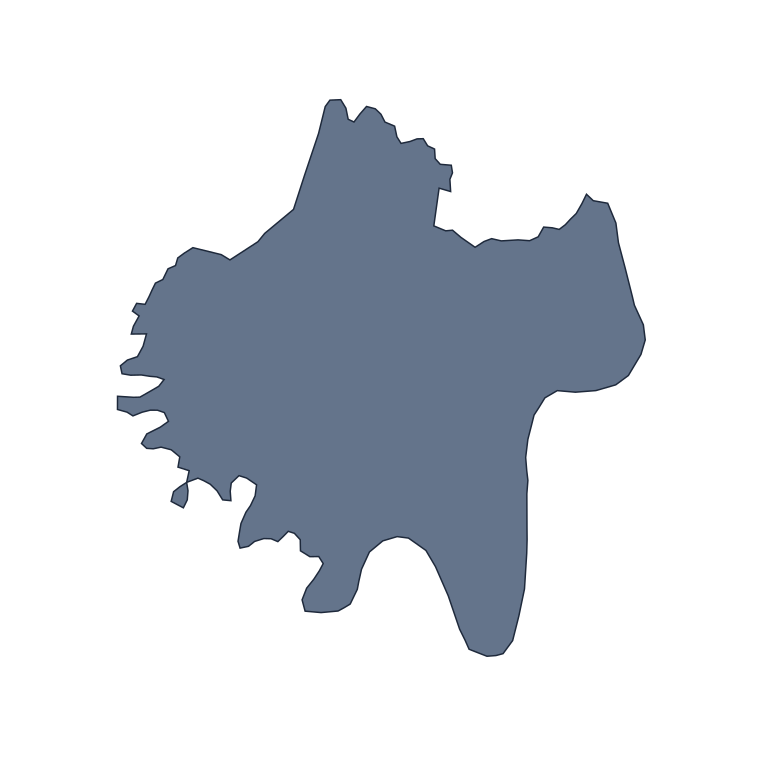 the district of Alecrim, Rio Grande do Sul, Brazil, rotated 168°
{"feature_id": "56859067B981200421316", "entity_name": "Alecrim", "entity_type": "district", "adm_level": 2, "iso_a3": "BRA", "parent_name": "Brazil", "parent_adm1": "Rio Grande do Sul", "projection": "robinson", "projection_center": [-54.76, -27.646], "detail": "fine", "context": "isolated", "style": "filled", "palette": "slate", "viewbox_px": 768, "rotation_deg": 168, "n_neighbors": 0, "source": "geoboundaries", "source_scale": "gbopen_adm2", "svg_char_len": 2545}
<svg xmlns="http://www.w3.org/2000/svg" viewBox="0 0 768 768"><g transform="rotate(168 384 384)"><path d="M597.5,328.8L585.6,330.6L580.3,326.8L574.8,322.1L569.5,314.2L565.9,304.2L558.0,301.7L556.7,311.1L554.0,318.9L544.9,324.5L538.0,320.6L529.6,311.9L533.3,301.4L539.9,292.8L545.7,287.3L552.9,277.3L555.9,269.8L559.5,260.5L558.9,253.4L550.3,253.4L543.3,256.9L533.7,257.8L526.6,256.1L520.6,251.9L514.3,255.8L508.3,259.8L502.7,256.6L498.3,249.1L500.4,238.2L492.4,230.5L483.7,228.8L480.8,221.0L486.0,214.8L493.4,207.5L502.1,200.4L509.0,189.9L508.4,178.2L493.1,173.5L476.1,171.5L469.4,173.5L462.8,175.8L457.7,182.4L452.8,188.7L449.7,196.1L444.5,207.5L433.2,222.7L417.8,230.8L402.9,232.0L392.1,228.2L377.6,212.5L371.6,194.6L365.2,163.5L361.0,128.4L358.0,116.7L355.9,106.8L339.9,96.3L330.9,95.1L323.6,95.5L311.5,106.3L300.3,129.1L289.2,154.3L279.6,188.7L276.4,202.0L274.1,213.3L267.1,246.9L263.3,259.8L262.4,269.5L260.7,282.7L254.8,299.9L248.0,313.6L243.7,322.4L237.8,328.3L229.5,337.0L215.9,341.5L198.5,336.2L178.1,333.5L157.5,335.0L143.2,341.5L126.5,359.5L119.3,372.8L118.0,388.0L122.7,409.0L122.9,418.0L124.0,447.3L125.3,473.4L123.7,493.2L127.6,514.3L141.2,519.8L146.5,527.5L152.9,519.3L160.5,510.8L167.3,506.5L173.5,502.1L180.5,498.8L186.9,501.8L195.2,504.3L202.6,495.9L211.8,493.9L222.9,497.1L239.5,499.6L248.5,503.8L256.5,502.6L266.5,498.8L278.4,511.6L285.0,520.2L291.8,521.0L302.4,528.3L289.4,564.1L278.8,558.4L277.0,570.5L273.1,576.3L272.7,584.0L283.3,587.2L287.1,593.8L285.7,603.3L291.8,607.9L294.6,615.8L300.7,616.9L308.1,615.8L317.3,615.8L320.0,623.1L320.0,634.0L328.6,640.0L330.9,648.5L335.3,655.0L343.4,659.1L351.3,653.2L358.9,646.5L364.0,650.4L363.9,661.7L367.2,671.1L377.9,672.9L383.8,667.6L395.9,642.7L418.2,604.9L436.2,573.6L469.4,556.1L477.7,549.4L508.9,537.4L516.3,544.4L542.6,557.1L552.0,553.6L559.5,550.2L563.3,543.2L571.3,541.6L578.6,532.2L586.6,530.2L591.3,524.2L595.5,518.5L601.1,511.6L609.2,514.3L614.9,507.6L609.4,501.5L617.1,492.6L620.8,485.4L605.9,482.4L611.8,471.0L619.5,462.0L630.0,460.8L638.1,456.6L638.1,448.5L630.0,445.3L619.5,443.3L611.1,440.1L604.8,438.2L598.2,434.1L604.8,428.6L613.6,425.7L625.5,421.9L631.9,423.1L647.2,427.4L650.0,414.5L641.2,409.9L636.2,405.0L626.4,406.7L618.1,407.0L611.1,405.5L604.8,401.7L602.6,392.3L611.8,388.3L626.4,384.5L633.6,376.2L629.5,370.4L623.2,368.6L615.2,368.6L605.8,363.9L598.9,355.2L602.8,345.5L592.6,339.7L597.5,328.8ZM597.5,328.8L604.9,326.0L612.2,322.4L616.6,313.4L606.0,304.6L600.5,311.6L597.9,320.4L597.5,328.8Z" fill="#64748b" stroke="#1e293b" stroke-width="1.5"/></g></svg>